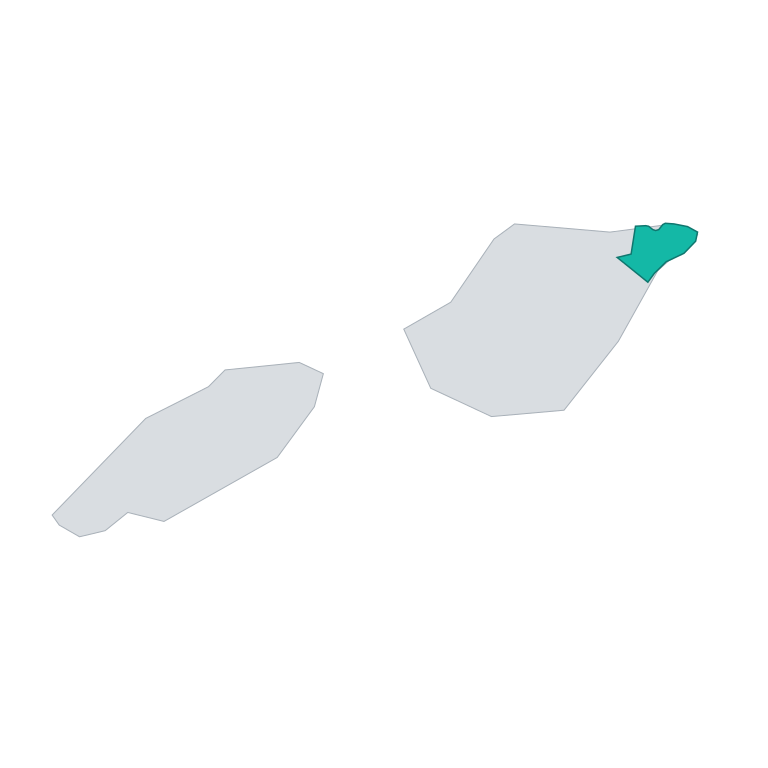 Vaisigano highlighted on a map of Samoa, rotated 134°
{"feature_id": "WSM-4992", "entity_name": "Vaisigano", "entity_type": "state/province", "adm_level": 1, "iso_a3": "WSM", "parent_name": "Samoa", "parent_adm1": "", "projection": "albers", "projection_center": [-172.717, -13.564], "detail": "fine", "context": "in_parent", "style": "filled", "palette": "teal", "viewbox_px": 768, "rotation_deg": 134, "n_neighbors": 0, "source": "natural_earth", "source_scale": "10m", "svg_char_len": 769}
<svg xmlns="http://www.w3.org/2000/svg" viewBox="0 0 768 768"><g transform="rotate(134 384 384)"><path d="M277.8,236.3L332.8,284.1L354.6,347.4L330.8,407.9L278.8,392.8L203.3,405.6L178.2,401.3L117.8,327.0L75.8,293.5L58.9,262.2L112.4,265.8L190.5,245.1L277.8,236.3ZM708.8,531.7L574.3,531.5L507.9,508.4L484.3,508.1L427.4,460.0L418.7,434.8L448.7,418.3L511.0,409.8L635.7,446.8L654.4,479.1L683.2,482.7L705.4,496.9L711.1,519.6L708.8,531.7Z" fill="#d9dde1" stroke="#a8b0b8" stroke-width="1"/><path d="M95.8,312.7L88.3,305.7L86.7,303.2L86.2,297.9L84.9,295.2L82.1,293.6L75.6,294.2L73.0,293.3L67.4,286.6L59.9,275.0L56.9,264.0L64.8,259.0L81.6,259.0L99.9,265.9L116.6,266.4L127.5,264.9L131.0,304.2L118.9,296.5L95.8,312.7Z" fill="#14b8a6" stroke="#0f766e" stroke-width="1.5"/></g></svg>